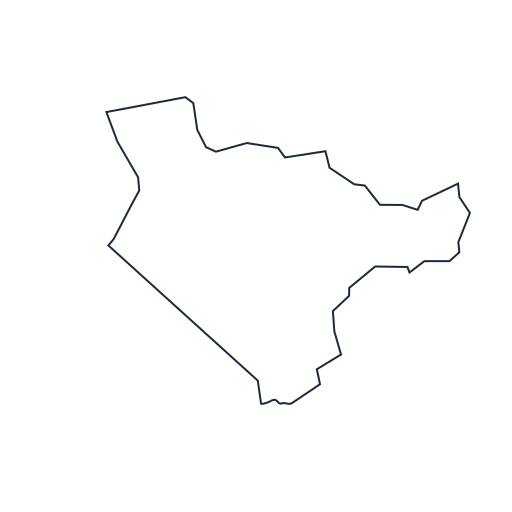 Habersham, Georgia, United States of America, rotated 110°
{"feature_id": "52423323B73188542913517", "entity_name": "Habersham", "entity_type": "district", "adm_level": 2, "iso_a3": "USA", "parent_name": "United States of America", "parent_adm1": "Georgia", "projection": "robinson", "projection_center": [-83.51, 34.629], "detail": "fine", "context": "isolated", "style": "outline", "palette": "slate", "viewbox_px": 512, "rotation_deg": 110, "n_neighbors": 0, "source": "geoboundaries", "source_scale": "gbopen_adm2", "svg_char_len": 855}
<svg xmlns="http://www.w3.org/2000/svg" viewBox="0 0 512 512"><g transform="rotate(110 256 256)"><path d="M296.6,398.3L372.5,211.7L393.1,200.7L393.1,200.4L392.3,198.5L390.7,196.3L388.9,194.1L386.3,191.7L385.1,190.2L384.6,188.7L384.9,187.0L386.3,184.4L386.4,182.6L384.8,180.0L383.8,175.2L383.5,174.0L382.6,172.5L382.6,172.4L354.6,152.0L341.6,160.1L319.5,142.4L300.2,156.5L281.5,164.9L261.6,154.9L254.1,157.5L225.1,140.4L214.5,109.9L219.0,106.1L203.3,96.1L194.7,72.5L183.0,66.2L173.8,70.6L142.4,69.7L131.1,85.0L118.9,90.9L147.3,118.9L157.3,119.9L158.0,136.0L165.5,157.0L152.6,177.8L155.0,188.3L147.9,217.1L133.8,226.6L153.5,262.5L146.9,272.3L153.0,303.3L171.7,329.4L170.8,340.2L157.6,354.3L133.8,367.2L130.9,376.7L171.9,445.8L195.9,425.4L222.3,393.8L234.3,388.1L249.6,390.4L288.5,395.5L296.6,398.3Z" fill="none" stroke="#1e293b" stroke-width="2"/></g></svg>